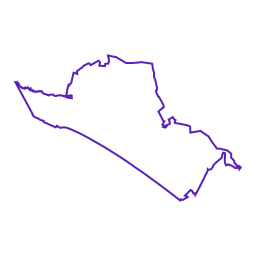 outline of Tonalá, Chiapas, Mexico
{"feature_id": "50627088B19211860628202", "entity_name": "Tonalá", "entity_type": "district", "adm_level": 2, "iso_a3": "MEX", "parent_name": "Mexico", "parent_adm1": "Chiapas", "projection": "mercator", "projection_center": [-93.916, 15.982], "detail": "fine", "context": "isolated", "style": "outline", "palette": "violet", "viewbox_px": 256, "rotation_deg": 0, "n_neighbors": 0, "source": "geoboundaries", "source_scale": "gbopen_adm2", "svg_char_len": 5037}
<svg xmlns="http://www.w3.org/2000/svg" viewBox="0 0 256 256"><path d="M152.2,63.7L141.1,62.1L137.3,62.7L136.6,62.6L133.2,63.0L126.1,63.0L116.3,57.2L108.0,55.5L108.8,58.8L108.9,61.9L108.3,63.6L105.3,63.8L104.9,66.1L99.4,65.7L99.5,65.0L100.1,62.6L98.7,60.8L97.0,61.5L90.7,65.1L89.1,63.3L87.9,63.6L83.6,65.8L83.5,66.0L82.9,66.5L82.4,67.4L80.7,68.3L76.8,71.4L76.8,71.9L77.2,73.9L73.6,72.7L71.2,83.0L69.9,84.2L68.7,84.7L69.2,85.7L68.0,86.2L66.4,94.8L67.1,96.1L67.4,96.3L67.6,96.3L68.0,96.0L68.3,96.2L68.3,95.8L69.2,95.9L69.9,95.6L70.0,95.8L70.6,95.3L70.8,95.5L71.7,95.6L71.8,98.1L71.3,98.0L70.6,98.2L70.2,98.2L69.2,97.8L68.1,97.8L67.1,97.3L66.4,97.2L66.0,96.7L65.3,96.5L65.0,96.2L64.8,96.3L64.6,96.4L64.3,96.2L64.2,96.0L64.0,95.9L63.8,96.2L63.6,96.2L62.8,95.8L61.5,95.4L60.6,95.5L60.4,95.5L60.3,95.2L60.2,95.2L60.0,95.4L59.4,95.3L58.5,95.5L57.2,95.5L56.7,95.6L56.4,95.9L56.2,95.9L55.8,96.0L54.9,95.9L54.0,95.4L53.7,95.4L53.6,95.2L53.2,94.9L52.9,94.8L52.9,94.6L52.7,94.6L52.0,94.6L51.5,94.6L50.6,94.7L50.0,94.7L49.8,94.8L49.0,95.1L48.9,95.3L48.7,95.5L48.1,95.2L47.6,95.0L47.4,94.7L46.7,94.6L45.7,94.4L45.1,94.0L44.4,93.9L42.8,93.1L42.5,92.8L42.2,92.1L42.2,91.9L41.8,91.5L41.5,91.4L41.4,91.1L41.6,90.5L41.6,90.3L41.6,90.2L41.5,90.6L41.1,91.1L41.0,90.9L40.9,90.4L40.9,90.8L40.9,91.1L40.7,91.2L40.4,91.2L39.8,91.4L39.4,91.3L39.0,91.3L38.9,91.1L38.7,91.2L38.4,91.4L37.9,91.5L37.6,91.6L37.6,91.4L37.3,91.5L37.0,91.7L36.8,91.6L36.3,91.8L36.1,91.6L35.6,91.7L35.6,91.4L35.5,91.7L35.1,91.6L35.1,91.4L35.0,91.6L34.8,91.5L34.8,91.4L34.6,91.3L34.3,91.4L34.2,91.6L33.8,91.6L33.5,91.4L33.4,91.0L33.4,90.9L33.2,91.0L33.4,91.1L33.5,91.3L33.1,91.4L32.9,91.4L32.7,91.1L32.4,90.8L32.5,90.7L32.3,90.5L32.2,90.7L32.3,90.8L32.1,90.8L31.8,90.6L31.7,90.6L31.3,90.4L31.3,90.2L31.6,90.2L31.4,90.1L31.6,90.0L31.4,89.9L31.2,90.3L30.8,90.1L30.4,90.2L30.2,90.0L30.0,89.7L30.3,89.4L30.2,89.4L30.2,89.6L29.9,89.5L29.9,89.2L29.8,89.4L29.7,89.1L29.8,89.1L29.9,88.9L29.6,89.2L29.4,89.0L29.1,88.9L29.3,88.7L29.5,88.6L29.8,88.3L29.6,88.3L29.5,88.5L29.2,88.6L28.9,88.8L28.6,88.7L28.4,88.5L28.2,88.4L28.2,88.2L28.4,87.8L28.4,87.4L28.3,87.8L28.0,87.7L27.9,88.0L28.0,88.2L28.0,88.3L27.8,88.2L27.5,88.2L27.3,88.0L27.2,87.8L27.4,87.8L27.4,87.6L27.0,87.9L26.3,88.0L26.3,87.7L26.3,87.4L26.2,87.2L26.2,87.4L26.3,87.6L26.1,87.4L26.3,87.8L26.1,88.0L25.9,88.0L26.0,88.1L25.8,88.0L25.5,88.4L25.3,88.5L25.2,88.3L25.1,88.5L24.9,88.5L24.7,88.6L24.6,88.4L24.6,88.2L24.5,88.3L24.1,88.2L24.0,88.4L23.1,88.4L22.7,88.2L22.3,88.0L22.4,87.8L22.2,87.6L21.7,87.6L21.4,87.5L21.2,86.9L20.6,86.7L19.8,86.6L19.6,86.4L19.5,85.9L19.4,85.9L19.4,85.7L19.2,85.3L19.3,84.9L19.2,84.7L19.0,84.4L18.8,84.3L18.3,83.3L18.2,83.4L17.4,82.8L16.6,82.5L16.6,82.4L16.5,82.5L16.3,82.4L16.0,82.4L15.9,82.3L15.4,82.2L32.6,114.1L32.6,115.0L33.2,115.5L33.6,116.4L34.2,116.6L35.2,117.3L36.8,118.0L37.7,118.3L39.2,119.1L39.8,119.7L40.6,119.9L41.0,120.2L42.4,120.4L42.8,120.8L43.6,121.0L43.6,122.0L54.4,126.8L54.9,127.1L55.7,127.4L56.2,127.0L56.4,126.2L56.6,126.0L56.9,125.8L58.6,126.8L58.6,127.0L59.0,127.3L60.2,127.8L61.4,127.7L62.0,127.4L62.5,127.4L64.7,127.4L65.7,127.5L67.1,127.9L69.9,128.9L78.8,132.9L88.4,137.9L105.6,147.8L120.7,157.3L127.4,161.8L130.8,164.3L131.3,164.4L132.5,165.3L133.0,165.8L140.3,170.8L146.0,174.8L159.1,184.4L171.5,193.7L180.2,200.5L180.9,199.3L182.6,200.0L187.8,197.0L187.2,196.4L184.9,195.7L190.6,190.0L190.9,190.1L191.1,190.6L192.1,191.0L192.4,191.8L192.9,192.1L193.0,192.8L193.5,193.5L193.8,193.5L194.4,193.2L194.8,193.3L195.3,195.0L198.9,188.3L204.3,177.7L205.1,175.6L206.0,174.2L207.7,170.6L207.8,169.3L208.2,169.7L208.4,169.8L210.8,169.4L212.3,167.8L213.5,165.1L214.9,163.6L218.1,160.7L219.1,160.0L221.7,157.7L221.8,157.4L222.6,154.0L223.0,152.8L225.0,153.2L224.8,162.1L224.8,162.4L226.0,165.3L227.8,164.8L228.1,164.3L228.7,164.7L229.3,164.8L229.7,165.2L230.0,165.3L230.6,165.2L232.1,165.9L232.4,166.2L232.7,166.3L234.0,167.0L235.0,168.0L235.9,168.1L236.7,167.8L237.7,168.0L238.3,167.9L238.9,168.1L239.3,168.4L239.4,169.1L240.3,167.8L240.6,167.7L240.6,167.4L240.3,167.3L240.3,166.8L240.2,166.7L239.2,166.2L238.4,165.7L237.7,165.9L237.2,166.3L237.0,166.2L236.4,165.5L236.0,164.3L235.4,163.9L234.8,163.1L234.4,162.9L234.2,162.4L234.4,161.4L234.3,161.0L233.8,160.3L233.4,160.1L233.1,159.7L232.8,159.2L232.6,159.0L232.3,158.7L232.0,158.6L231.5,158.3L231.2,157.6L231.2,157.0L231.1,156.7L231.2,155.4L231.2,154.0L231.0,153.5L228.9,151.7L226.7,150.2L222.8,149.5L221.6,149.1L220.9,148.7L216.7,148.6L216.0,147.2L211.9,141.8L209.5,137.9L208.9,137.2L208.7,136.6L201.4,131.6L200.7,130.9L190.4,132.6L190.1,126.9L189.6,126.1L187.5,125.4L184.0,124.6L174.9,122.9L174.7,122.6L174.7,122.1L175.5,120.1L174.2,119.4L172.8,117.1L168.7,119.6L169.8,122.0L169.7,123.9L165.8,125.6L166.6,126.2L166.4,126.6L165.3,127.6L163.1,127.0L164.0,125.7L162.4,124.7L163.4,123.3L164.3,121.3L163.5,121.3L158.5,111.6L159.1,110.9L163.9,107.0L162.9,103.9L158.8,96.6L158.2,96.6L156.5,93.0L155.9,90.7L156.8,90.1L157.0,87.7L155.1,79.5L154.0,76.8L154.1,73.3L154.2,73.2L152.9,69.1L152.2,63.7Z" fill="none" stroke="#5b21b6" stroke-width="2"/></svg>